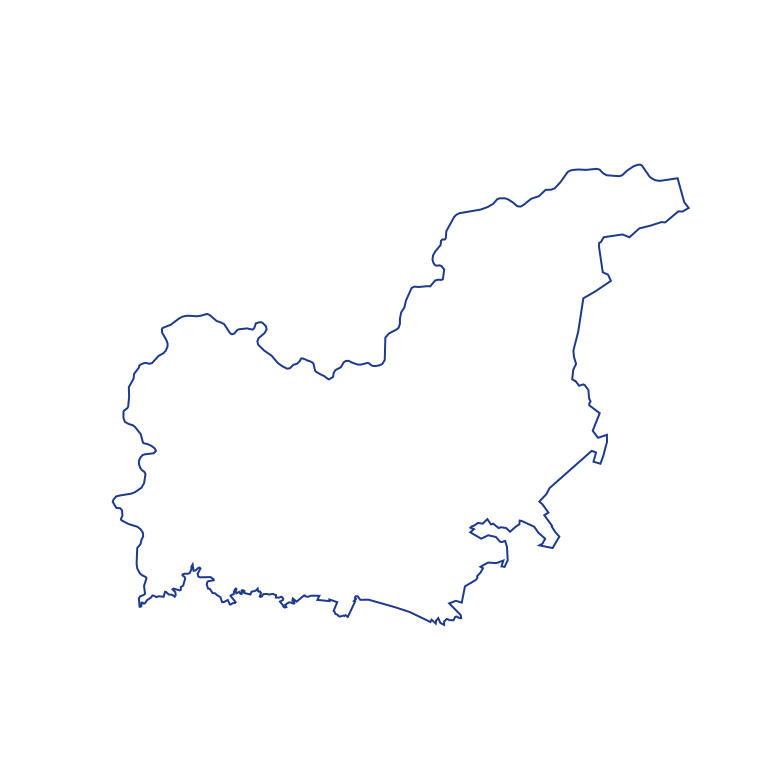 the district of Skaņkalnes pag., Mazsalacas, Latvia, rotated 286°
{"feature_id": "27541924B43607455964711", "entity_name": "Skaņkalnes pag.", "entity_type": "district", "adm_level": 2, "iso_a3": "LVA", "parent_name": "Latvia", "parent_adm1": "Mazsalacas", "projection": "albers", "projection_center": [24.962, 57.86], "detail": "fine", "context": "isolated", "style": "outline", "palette": "blue", "viewbox_px": 768, "rotation_deg": 286, "n_neighbors": 0, "source": "geoboundaries", "source_scale": "gbopen_adm2", "svg_char_len": 6166}
<svg xmlns="http://www.w3.org/2000/svg" viewBox="0 0 768 768"><g transform="rotate(286 384 384)"><path d="M594.5,468.7L592.3,466.5L591.7,464.3L591.8,462.7L594.2,457.4L595.8,451.9L595.8,449.1L594.4,444.1L593.0,442.0L587.3,439.3L582.8,435.0L578.3,428.8L569.0,409.5L566.6,406.9L564.0,405.4L548.1,401.8L541.3,403.2L540.1,402.9L539.4,402.1L539.2,400.5L537.4,399.3L533.2,400.1L525.4,396.7L521.2,395.7L517.0,396.3L513.6,398.5L512.2,400.7L512.3,402.4L513.3,404.4L513.3,406.6L510.6,410.3L500.9,411.7L499.7,410.1L499.3,407.6L497.7,404.7L490.6,401.5L489.9,398.4L486.8,390.6L486.0,386.4L484.0,384.1L470.1,382.1L463.1,382.5L457.6,380.8L451.2,381.3L446.4,382.7L442.2,382.6L440.0,381.2L433.9,374.8L429.0,372.5L407.3,378.1L402.7,376.8L400.4,374.0L398.8,370.6L398.3,368.2L398.5,366.6L399.7,364.0L399.8,362.5L396.3,356.4L395.5,353.6L395.7,347.9L396.5,343.6L395.6,340.9L393.7,339.3L388.2,337.9L383.9,333.4L380.7,332.6L376.8,333.1L373.4,330.0L373.3,329.0L375.2,324.2L375.8,320.1L377.1,315.2L377.9,314.0L383.8,310.8L384.8,309.6L385.5,306.3L385.4,304.0L385.9,302.2L386.1,298.5L385.8,297.4L382.3,296.5L379.4,294.7L377.5,291.6L373.2,289.2L372.0,286.5L373.2,280.9L374.8,276.3L380.2,268.2L383.1,259.6L387.2,252.1L390.2,250.5L393.5,250.8L400.1,255.2L403.9,256.1L406.9,254.7L409.2,250.7L409.5,248.9L408.8,246.8L406.9,244.1L402.2,243.9L400.5,243.2L400.0,242.3L399.7,237.0L396.8,229.9L395.7,228.3L391.0,226.0L390.0,224.3L390.1,222.8L391.2,221.1L397.5,213.8L398.3,209.6L398.4,205.8L402.3,197.2L402.6,194.6L399.3,189.4L397.6,185.7L395.4,176.0L393.2,171.8L390.8,169.2L382.1,162.6L376.8,155.7L375.2,155.4L372.1,156.6L366.4,162.6L363.0,164.9L360.1,165.6L355.9,165.0L352.9,163.6L348.9,159.6L340.1,155.2L338.8,152.9L338.6,148.8L336.4,145.4L334.2,143.7L332.1,143.8L324.9,141.0L320.2,141.8L310.6,139.6L301.5,142.5L291.9,144.3L289.9,143.9L286.6,141.3L285.4,141.3L279.5,142.9L276.2,145.4L275.2,149.5L275.1,154.1L274.1,156.5L268.7,164.0L261.3,168.4L260.8,169.6L261.1,173.1L260.4,177.6L258.8,181.5L256.8,183.2L253.9,181.7L250.6,173.7L249.1,171.5L246.1,170.1L242.7,169.6L239.4,170.6L236.3,172.7L234.6,174.9L233.4,178.0L231.5,179.6L222.5,180.7L217.4,179.4L211.4,174.5L208.8,171.0L204.0,160.8L202.1,157.5L198.6,155.9L196.0,155.7L191.1,160.8L191.9,164.7L190.3,167.0L185.3,168.9L181.7,168.3L180.7,169.0L179.0,176.9L178.8,186.3L177.2,190.2L174.6,193.2L171.1,194.5L167.0,193.8L163.0,194.1L158.3,192.0L142.8,195.8L138.5,197.8L134.5,201.7L133.4,204.6L132.8,208.1L131.9,209.2L123.7,209.0L116.5,212.1L115.2,211.4L112.6,208.1L110.2,207.5L102.5,210.5L102.7,211.3L103.6,212.0L107.0,211.2L107.3,212.2L106.7,213.5L107.1,214.5L111.0,215.9L114.5,218.9L116.9,219.7L117.0,221.9L116.3,224.0L117.9,225.9L118.7,230.8L123.9,230.8L124.0,231.9L122.3,235.1L122.9,237.8L122.7,239.4L121.8,241.4L123.4,242.0L126.4,240.8L128.3,237.3L129.3,238.1L129.3,244.6L130.2,245.4L132.8,244.7L134.8,246.5L142.0,246.5L143.6,245.6L144.4,243.1L145.5,242.9L146.6,244.5L147.5,247.7L148.8,249.4L153.0,249.9L155.5,249.2L157.7,249.8L151.9,252.5L152.9,254.3L156.2,256.3L156.7,257.4L156.1,258.4L150.2,257.2L147.7,258.6L147.5,260.6L150.6,270.5L149.3,274.1L148.4,274.4L145.9,269.3L144.7,268.7L142.3,268.9L138.8,271.3L139.1,273.1L135.9,276.7L136.2,279.4L135.0,281.8L134.1,285.4L129.7,288.5L130.1,290.0L133.3,293.3L129.6,296.6L129.7,297.4L131.6,298.9L132.4,301.1L133.4,301.5L138.0,294.9L139.0,295.3L140.6,297.5L143.4,297.0L146.4,297.7L146.6,298.1L146.3,298.6L143.4,298.7L142.1,299.8L144.3,302.0L142.9,303.6L142.7,304.6L143.1,305.1L145.6,304.1L146.7,304.5L146.9,305.6L146.5,306.8L145.5,306.0L144.6,307.2L144.8,313.6L147.8,313.9L149.9,317.6L152.5,319.0L150.0,320.2L149.8,321.0L150.4,322.0L149.2,323.4L145.5,323.1L145.2,323.8L146.0,325.1L148.8,326.0L149.9,329.3L149.9,331.5L151.5,334.7L151.3,338.4L148.9,338.9L149.7,341.9L151.1,343.8L150.9,345.1L149.7,346.4L148.6,346.5L146.2,343.9L143.7,347.5L142.1,348.9L141.8,350.3L142.7,351.6L144.3,349.8L147.8,352.7L148.3,354.9L147.9,357.4L148.5,358.3L149.8,357.5L150.6,355.6L152.7,355.5L150.7,360.0L158.7,365.4L158.9,366.2L158.2,366.9L158.5,369.6L160.4,372.2L162.6,380.2L158.1,379.5L160.3,391.5L161.8,390.9L161.4,399.2L152.0,398.1L151.7,399.0L149.6,400.7L149.2,403.4L148.4,404.4L148.2,405.6L150.3,409.1L150.1,409.8L151.2,410.6L150.1,413.4L167.0,416.2L167.1,414.9L169.8,416.3L170.3,415.0L172.1,415.3L172.6,416.4L172.5,417.6L170.0,420.6L172.4,428.7L172.5,455.4L171.9,471.7L168.0,494.2L170.6,494.7L168.0,499.8L170.9,499.3L173.9,500.7L169.9,504.0L169.0,508.2L172.2,507.3L175.4,509.0L175.4,510.6L175.0,511.8L176.0,515.9L179.5,516.6L180.4,517.5L180.5,518.3L179.7,521.0L180.2,522.7L183.0,521.5L191.1,507.1L195.4,512.9L195.3,519.0L211.8,517.6L221.0,526.3L223.5,527.2L224.9,526.5L229.4,528.8L234.2,529.9L234.9,527.1L241.1,533.4L242.7,541.2L247.2,547.4L241.1,547.2L241.4,550.3L248.6,551.5L261.4,547.1L266.5,543.7L264.5,540.6L264.4,539.0L267.8,533.7L267.3,525.9L262.1,520.1L265.2,507.8L269.2,510.5L269.7,506.7L271.3,507.6L272.5,509.4L276.3,512.6L277.0,517.4L282.6,520.6L278.5,525.5L279.8,527.5L277.1,534.0L278.5,535.8L279.2,541.0L276.8,545.9L283.2,550.0L286.4,552.8L290.1,552.1L290.3,554.1L288.2,567.7L283.6,573.4L279.7,581.6L274.1,580.3L271.7,577.8L272.8,591.3L285.6,594.6L288.6,589.8L293.2,584.5L294.0,584.6L302.1,574.2L305.7,577.5L312.1,569.4L313.8,565.7L323.0,570.5L329.5,571.8L377.0,602.1L376.6,606.7L367.1,606.8L367.0,614.0L375.7,614.6L389.9,614.3L396.6,612.3L391.3,604.6L396.6,597.5L415.4,599.4L420.1,587.2L421.3,586.7L424.2,587.3L426.8,585.1L434.6,582.1L438.3,577.2L438.5,575.6L436.1,572.0L439.8,567.1L439.5,566.6L440.4,563.6L449.9,562.0L456.3,563.1L462.3,559.2L468.5,556.8L487.7,556.3L521.3,552.0L531.4,561.7L545.7,573.7L550.8,569.3L551.7,563.5L574.8,553.0L578.8,551.9L580.3,553.4L585.7,554.8L593.5,572.1L592.7,579.5L603.9,586.5L609.8,596.7L616.0,605.9L616.9,609.8L631.1,619.4L632.0,623.3L637.2,628.4L641.5,622.5L662.7,609.5L655.6,593.9L655.0,591.9L654.7,587.9L655.8,583.6L656.8,581.8L665.1,571.7L665.5,570.1L664.7,567.6L662.3,564.1L656.3,559.0L650.3,555.4L648.6,552.9L646.0,540.4L647.1,536.2L649.5,532.2L649.5,529.2L645.6,519.5L643.7,511.5L641.9,506.8L640.5,504.2L638.4,502.1L626.9,498.1L619.2,494.2L616.8,491.0L615.3,486.2L614.6,485.5L607.3,481.2L602.5,474.3L594.5,468.7Z" fill="none" stroke="#1e3a8a" stroke-width="2"/></g></svg>